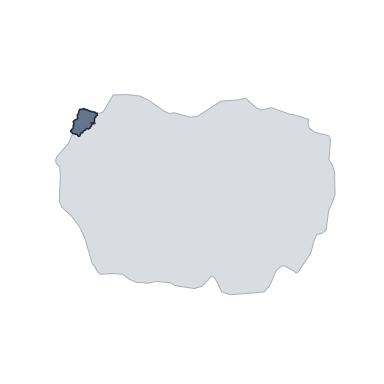 location of Novo Selo, Novo Selo, North Macedonia, rotated 201°
{"feature_id": "65306769B50594974244279", "entity_name": "Novo Selo", "entity_type": "district", "adm_level": 2, "iso_a3": "MKD", "parent_name": "North Macedonia", "parent_adm1": "Novo Selo", "projection": "mercator", "projection_center": [22.902, 41.433], "detail": "fine", "context": "in_parent", "style": "filled", "palette": "slate", "viewbox_px": 384, "rotation_deg": 201, "n_neighbors": 0, "source": "geoboundaries", "source_scale": "gbopen_adm2", "svg_char_len": 2656}
<svg xmlns="http://www.w3.org/2000/svg" viewBox="0 0 384 384"><g transform="rotate(201 192 192)"><path d="M174.1,98.7L180.2,99.5L193.3,95.7L201.5,90.5L205.7,89.7L211.2,87.7L219.2,88.0L227.3,90.3L237.6,87.3L247.7,82.4L251.7,83.6L256.1,87.8L259.0,88.9L275.8,110.8L285.0,119.6L295.8,126.3L308.1,131.2L312.6,135.9L320.4,159.0L324.2,167.7L329.4,170.4L330.7,172.9L330.9,176.2L325.0,192.4L322.7,228.6L321.2,231.5L315.0,231.3L306.8,232.1L303.7,234.9L300.4,254.3L287.2,259.8L275.3,262.9L265.2,262.2L247.5,257.6L241.7,257.1L236.7,259.7L220.9,261.1L214.0,264.5L197.7,287.1L181.2,294.9L175.6,298.9L162.9,293.9L156.9,293.4L148.2,299.1L129.0,299.7L123.9,300.7L109.1,301.6L108.5,298.5L105.8,293.9L98.9,291.8L84.8,293.6L81.4,290.3L75.6,271.1L71.1,268.0L66.0,261.6L57.5,240.7L57.3,231.5L57.8,223.5L53.1,204.7L56.0,199.9L60.4,196.9L60.5,189.3L59.2,177.7L64.4,155.0L65.9,153.4L67.2,154.5L79.8,156.3L83.1,153.4L85.2,148.9L85.9,132.2L88.9,124.5L119.5,109.8L128.5,109.3L135.4,116.1L140.8,120.4L144.1,120.2L145.3,115.9L149.0,107.5L155.3,102.7L173.9,98.6L174.1,98.7Z" fill="#d9dde1" stroke="#a8b0b8" stroke-width="1"/><path d="M316.8,204.4L316.7,207.7L316.2,208.0L315.6,207.9L315.3,208.3L315.0,210.4L313.5,211.8L313.5,213.0L313.0,213.6L311.3,213.6L310.0,215.4L309.7,217.5L309.9,217.9L309.4,219.2L309.9,219.5L310.0,220.2L310.5,220.3L308.8,221.1L308.1,220.6L308.2,221.5L307.6,221.6L308.4,222.3L308.5,223.6L309.5,225.9L309.2,226.2L309.3,226.8L308.6,227.4L308.9,228.6L307.8,229.9L308.5,230.4L308.8,231.2L309.1,230.9L310.4,231.2L310.5,231.4L310.7,231.6L311.0,231.7L311.6,231.7L312.2,231.5L312.9,231.3L313.8,231.2L314.5,231.2L315.3,231.0L315.4,230.9L316.3,230.8L317.5,230.9L317.9,230.9L318.3,231.0L318.7,231.1L319.1,231.2L319.5,231.1L319.8,231.0L320.0,230.9L320.3,230.8L320.6,230.8L320.9,230.7L321.2,230.8L321.4,230.8L321.8,231.0L322.1,231.1L322.4,231.1L322.5,230.7L323.0,230.8L323.3,230.8L323.5,230.8L323.6,230.6L324.0,230.3L324.4,229.8L325.2,229.1L326.2,229.2L326.4,228.9L326.6,228.5L326.5,227.3L326.4,226.8L326.3,226.0L326.2,225.3L326.3,224.2L326.4,223.7L326.6,223.3L326.7,223.2L326.6,222.8L326.2,221.7L325.7,220.7L325.4,220.5L325.1,219.7L325.6,218.9L325.8,218.5L326.1,218.0L326.3,217.8L326.6,217.8L327.3,217.0L327.6,216.3L327.9,215.8L328.1,215.4L327.9,214.8L327.8,214.6L327.5,214.2L327.4,214.1L326.7,213.4L326.4,212.8L326.4,212.4L326.6,212.1L326.8,211.5L326.4,211.0L326.2,210.6L326.1,209.7L325.9,209.2L325.8,208.8L325.8,208.5L326.0,208.0L326.6,207.6L327.0,206.5L327.2,205.6L327.1,205.3L326.9,204.9L326.4,205.1L324.4,203.8L323.4,204.2L321.4,204.1L321.3,204.4L320.4,204.4L320.0,204.7L318.2,203.3L317.2,203.6L316.8,204.4Z" fill="#64748b" stroke="#1e293b" stroke-width="1.5"/></g></svg>